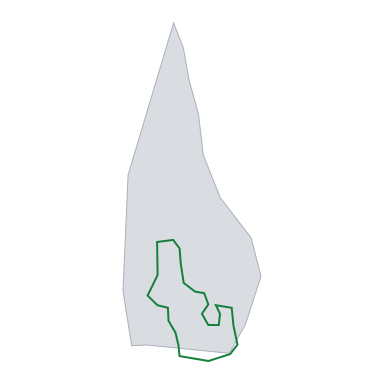 Triesen highlighted on a map of Liechtenstein
{"feature_id": "LIE-4893", "entity_name": "Triesen", "entity_type": "state/province", "adm_level": 1, "iso_a3": "LIE", "parent_name": "Liechtenstein", "parent_adm1": "", "projection": "mercator", "projection_center": [9.548, 47.092], "detail": "fine", "context": "in_parent", "style": "outline", "palette": "green", "viewbox_px": 384, "rotation_deg": 0, "n_neighbors": 0, "source": "natural_earth", "source_scale": "10m", "svg_char_len": 690}
<svg xmlns="http://www.w3.org/2000/svg" viewBox="0 0 384 384"><path d="M229.1,353.3L147.1,345.0L131.7,345.7L123.0,291.3L128.1,175.0L173.6,23.0L183.4,48.0L189.0,79.8L198.4,113.7L203.3,155.1L220.3,197.8L251.1,237.8L261.0,276.4L245.3,324.8L229.1,353.3Z" fill="#d9dde1" stroke="#a8b0b8" stroke-width="1"/><path d="M237.5,344.6L230.1,354.1L208.4,361.0L179.5,356.1L178.5,345.6L175.5,332.7L168.5,320.7L167.9,307.8L157.4,305.2L147.6,295.6L157.6,275.0L157.1,242.0L173.2,239.9L179.6,248.5L180.8,264.0L183.7,282.9L194.9,291.5L204.2,293.2L208.3,304.4L201.9,313.8L208.3,325.0L218.8,325.0L220.0,313.8L215.9,305.2L231.7,307.8L233.5,325.9L237.5,344.6Z" fill="none" stroke="#15803d" stroke-width="2"/></svg>